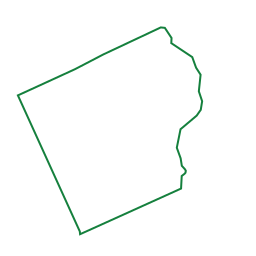 outline of Lawrence, Illinois, United States of America, rotated 335°
{"feature_id": "52423323B54167037237770", "entity_name": "Lawrence", "entity_type": "district", "adm_level": 2, "iso_a3": "USA", "parent_name": "United States of America", "parent_adm1": "Illinois", "projection": "albers", "projection_center": [-87.62, 38.71], "detail": "fine", "context": "isolated", "style": "outline", "palette": "green", "viewbox_px": 256, "rotation_deg": 335, "n_neighbors": 0, "source": "geoboundaries", "source_scale": "gbopen_adm2", "svg_char_len": 512}
<svg xmlns="http://www.w3.org/2000/svg" viewBox="0 0 256 256"><g transform="rotate(335 128 128)"><path d="M42.0,51.9L40.6,201.4L39.7,204.0L150.5,205.3L156.4,194.2L159.9,193.4L161.2,192.8L162.3,191.2L162.2,189.6L160.8,185.0L162.9,177.7L163.9,166.5L175.1,151.3L195.5,145.8L199.8,143.3L201.6,142.3L206.5,135.1L207.7,124.7L213.3,115.4L216.3,110.4L215.2,102.2L215.4,99.6L216.2,90.9L203.1,69.4L205.5,64.8L203.7,52.8L200.2,50.7L136.8,50.9L104.8,52.3L42.0,51.9Z" fill="none" stroke="#15803d" stroke-width="2"/></g></svg>